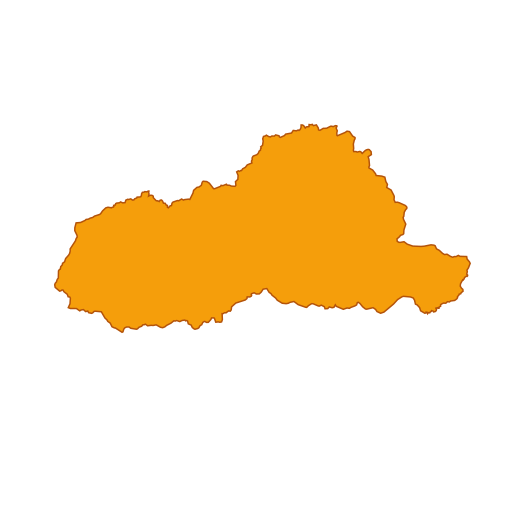 outline of Aymaraes, Apurímac, Peru, rotated 251°
{"feature_id": "86281439B92095517476211", "entity_name": "Aymaraes", "entity_type": "district", "adm_level": 2, "iso_a3": "PER", "parent_name": "Peru", "parent_adm1": "Apurímac", "projection": "albers", "projection_center": [-73.254, -14.321], "detail": "fine", "context": "isolated", "style": "filled", "palette": "amber", "viewbox_px": 512, "rotation_deg": 251, "n_neighbors": 0, "source": "geoboundaries", "source_scale": "gbopen_adm2", "svg_char_len": 6113}
<svg xmlns="http://www.w3.org/2000/svg" viewBox="0 0 512 512"><g transform="rotate(251 256 256)"><path d="M295.6,57.3L294.3,56.3L291.7,55.9L286.7,58.9L286.6,60.1L287.0,61.4L286.7,62.4L284.7,62.8L281.2,65.1L278.6,65.1L277.9,66.5L277.3,66.7L276.4,66.7L271.4,64.6L268.3,61.7L266.8,63.4L264.8,69.1L261.5,71.5L261.9,73.1L261.5,75.4L258.9,76.8L258.7,79.0L256.9,79.3L255.3,81.9L255.4,83.1L256.3,84.8L256.2,85.9L253.6,91.6L246.5,93.0L244.3,94.2L242.4,94.6L240.0,96.3L236.0,96.8L234.1,98.7L233.7,99.6L227.5,104.5L227.6,105.5L229.8,107.1L230.8,108.5L231.0,110.5L230.2,112.8L228.4,114.1L225.7,119.1L225.7,120.2L226.7,122.2L226.8,125.0L227.8,126.6L227.4,127.9L227.6,129.2L225.3,130.8L224.6,134.3L223.8,136.1L223.4,139.2L219.7,142.5L218.6,144.4L218.7,146.8L219.5,148.9L220.2,153.8L221.5,157.3L220.8,158.3L220.8,160.0L218.8,162.6L219.1,165.1L218.6,167.9L217.6,168.3L217.5,169.6L216.8,170.1L213.9,169.9L211.8,172.2L209.1,172.5L207.0,173.9L206.6,174.6L206.4,177.3L206.7,178.5L208.4,180.5L208.7,182.3L210.5,184.0L210.9,185.5L210.8,186.3L209.4,187.5L208.8,189.3L210.6,192.6L211.9,193.8L211.2,196.1L210.4,196.4L206.5,196.4L206.0,198.8L205.1,200.3L204.9,202.0L206.8,203.5L212.5,205.2L212.2,205.8L212.6,207.9L212.0,209.1L213.0,212.2L212.2,213.7L213.1,215.0L215.9,216.4L218.1,221.6L217.9,231.5L218.7,233.6L220.2,234.3L219.3,237.0L219.6,238.5L220.1,239.0L221.4,239.0L221.8,239.5L221.8,242.3L220.0,243.9L219.1,246.7L220.1,249.1L222.3,251.9L221.8,255.1L221.7,255.6L217.3,256.6L215.6,257.9L213.7,258.4L209.8,260.9L207.3,261.7L202.8,265.4L201.1,269.0L200.8,271.1L201.1,273.2L200.6,277.1L196.3,280.0L191.4,286.2L190.9,287.2L192.0,289.5L192.8,293.0L192.3,294.4L188.5,298.6L188.0,299.6L188.3,301.7L185.8,304.1L183.6,304.1L182.9,306.7L184.0,308.7L182.3,311.1L182.1,313.0L184.0,315.1L182.3,315.5L177.2,321.2L177.2,325.1L176.1,327.4L176.5,328.8L176.6,333.2L177.0,335.2L178.9,336.6L179.0,337.5L177.4,338.8L173.3,340.3L170.3,342.2L169.7,343.3L169.0,349.9L166.5,351.7L164.1,352.3L161.3,355.2L161.3,358.7L165.8,370.4L168.7,375.7L169.9,380.7L169.9,382.2L167.0,388.7L165.1,391.0L162.6,391.5L158.6,391.1L157.4,392.4L153.9,393.9L150.6,393.8L146.9,397.0L146.8,398.5L147.5,398.6L147.1,399.5L145.6,399.5L146.3,400.5L145.7,401.8L146.4,402.6L146.5,403.6L147.2,404.2L146.1,405.6L145.3,405.7L145.1,407.3L145.6,408.5L146.5,409.2L148.1,409.1L147.9,411.3L147.3,411.1L147.0,412.0L148.1,412.6L148.4,414.2L149.9,414.7L150.3,416.5L150.4,418.3L149.7,419.5L149.7,420.6L150.5,422.1L149.6,423.9L150.1,425.3L149.3,429.4L150.1,431.9L151.0,433.0L151.9,433.2L153.1,435.3L153.8,435.7L153.6,437.2L154.5,438.1L155.3,440.3L157.1,440.7L158.7,439.8L161.0,439.3L163.1,440.3L165.5,442.9L165.7,443.9L166.3,443.9L166.4,445.1L167.8,446.3L168.4,448.4L168.0,449.0L168.3,449.5L169.0,449.9L170.2,449.3L172.4,450.7L173.9,450.8L175.6,453.0L179.3,456.1L181.0,455.9L184.4,454.6L186.9,455.0L189.3,448.7L190.7,447.5L190.3,445.0L190.9,443.3L190.8,441.6L192.4,439.7L195.5,437.2L196.0,434.7L197.8,433.2L201.6,431.2L204.0,429.0L207.4,428.7L208.3,427.8L209.6,425.1L210.5,418.3L211.3,415.2L214.3,407.5L217.9,402.9L221.3,400.6L221.9,396.8L222.5,395.4L224.0,394.3L226.3,394.9L227.6,398.2L228.5,399.2L228.5,401.9L229.0,402.9L232.4,404.3L237.4,408.0L242.6,407.4L244.7,407.7L245.3,408.6L249.1,410.4L251.2,412.7L251.7,413.9L252.5,414.4L253.7,414.4L255.3,413.5L259.7,408.8L260.8,407.3L261.4,405.1L264.2,404.8L267.0,406.0L268.3,406.1L274.4,405.2L278.2,401.9L280.9,403.6L284.2,403.0L288.6,403.5L290.6,400.9L293.0,395.8L294.9,395.8L299.3,394.3L302.4,391.5L303.4,391.7L304.6,392.8L310.3,394.2L313.4,394.4L314.3,398.1L317.2,398.8L319.7,397.7L320.3,396.7L320.4,394.8L320.1,393.5L318.4,389.8L320.5,389.0L321.1,388.1L321.3,385.5L322.2,384.6L322.9,382.4L324.3,382.5L326.0,383.4L330.2,384.5L333.5,386.6L334.6,387.8L335.8,388.2L337.9,386.4L343.2,384.9L344.4,382.7L343.8,380.5L343.2,372.1L343.7,371.8L346.0,372.4L347.9,373.6L351.0,373.4L352.1,374.7L352.8,374.8L353.4,373.5L353.2,371.0L354.0,370.0L354.4,368.8L353.8,364.3L354.8,361.1L354.0,357.4L354.9,356.2L356.7,356.6L360.3,355.8L360.6,352.7L362.2,352.0L362.1,350.9L363.0,349.0L361.1,348.2L361.7,345.6L361.0,344.2L363.8,343.5L364.8,342.5L365.2,341.3L362.8,340.4L361.2,338.9L360.7,337.5L361.4,336.9L361.2,334.9L362.6,332.1L360.7,329.6L361.6,323.7L360.6,322.1L360.2,317.7L360.9,317.0L362.2,316.9L364.1,314.0L363.4,312.4L364.3,310.0L363.9,308.3L364.9,306.8L366.9,305.1L366.5,304.2L366.6,302.0L364.6,300.5L362.3,300.2L358.5,298.2L357.7,296.0L356.3,296.0L355.7,295.1L354.5,294.6L354.2,293.2L352.3,291.5L351.5,289.7L351.4,286.0L350.9,285.2L349.9,284.2L348.4,283.8L347.2,282.6L345.3,282.4L345.0,277.4L343.3,274.8L342.8,271.8L341.5,270.1L341.8,269.2L341.4,267.8L342.3,267.0L341.8,265.1L338.0,265.3L334.4,263.8L333.0,260.8L329.4,260.0L328.7,258.9L330.1,255.5L331.5,254.0L332.4,251.7L333.5,251.4L333.3,247.6L334.2,246.0L333.4,245.2L333.1,238.8L333.5,237.8L340.0,235.6L342.4,233.7L343.9,230.4L343.3,229.2L340.6,227.3L339.8,224.6L340.1,222.5L338.4,218.4L336.0,216.9L331.0,211.8L331.7,210.8L332.6,206.8L332.5,205.6L334.1,204.2L333.4,200.9L334.0,199.8L334.0,195.0L333.3,193.8L331.2,192.5L331.4,191.2L330.1,188.8L330.9,188.1L332.7,188.7L333.4,187.7L335.4,187.3L336.1,185.7L338.4,185.5L339.7,184.9L340.0,183.6L339.0,182.2L340.2,181.1L340.2,180.5L341.0,179.5L344.6,177.9L346.0,178.3L346.6,178.0L347.3,177.3L347.9,175.5L347.6,173.9L349.7,175.1L351.1,175.2L352.2,175.9L352.5,175.3L352.2,173.6L353.1,171.8L352.8,171.0L353.2,169.3L352.0,168.0L350.8,167.5L349.6,166.4L349.6,165.5L350.4,162.7L349.7,162.1L349.6,159.9L348.8,158.8L349.1,157.4L350.8,156.2L350.9,153.9L351.4,153.2L351.2,151.1L349.1,149.6L349.6,147.3L351.2,145.6L350.8,144.1L351.4,141.4L351.2,140.4L350.1,139.6L350.2,137.9L349.1,137.7L348.7,137.2L348.9,136.0L348.6,135.1L350.3,131.9L350.4,129.6L348.6,125.6L346.6,122.9L346.2,121.7L346.3,116.3L345.6,114.1L345.8,111.6L345.4,109.4L345.9,107.3L345.3,106.0L344.8,101.1L345.9,96.7L341.7,93.9L338.9,92.9L333.8,93.5L332.1,93.1L331.1,91.7L329.1,90.2L323.2,82.6L321.1,81.9L319.1,80.6L317.8,79.1L315.6,75.2L312.8,73.1L312.1,70.7L310.7,70.0L309.5,67.9L307.3,66.7L307.2,65.7L306.2,64.4L299.5,61.9L298.6,60.5L296.3,58.7L295.6,57.3Z" fill="#f59e0b" stroke="#b45309" stroke-width="1.5"/></g></svg>